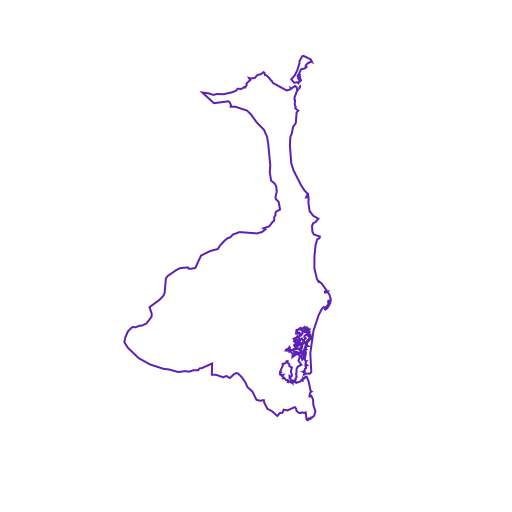 outline of Aklan, Aklan, Philippines, rotated 55°
{"feature_id": "2640588B21218366338371", "entity_name": "Aklan", "entity_type": "district", "adm_level": 2, "iso_a3": "PHL", "parent_name": "Philippines", "parent_adm1": "Aklan", "projection": "mercator", "projection_center": [122.331, 11.655], "detail": "fine", "context": "isolated", "style": "outline", "palette": "violet", "viewbox_px": 512, "rotation_deg": 55, "n_neighbors": 0, "source": "geoboundaries", "source_scale": "gbopen_adm2", "svg_char_len": 6157}
<svg xmlns="http://www.w3.org/2000/svg" viewBox="0 0 512 512"><g transform="rotate(55 256 256)"><path d="M420.5,302.7L420.1,299.8L417.4,296.5L410.8,294.4L406.3,291.6L402.2,290.9L401.9,292.7L401.3,292.6L398.8,289.6L398.9,288.3L398.0,288.7L389.3,285.0L383.9,283.7L382.7,285.6L383.7,284.8L384.0,286.8L382.8,287.3L383.6,288.0L383.5,289.4L383.9,288.4L384.9,289.3L383.7,289.9L384.2,291.5L383.0,295.8L382.4,295.5L381.1,296.7L380.9,298.4L379.9,298.8L380.7,299.1L379.8,299.3L380.3,299.5L377.4,300.9L377.9,301.9L377.4,302.3L375.9,301.3L374.9,302.5L372.8,302.7L371.8,303.9L371.6,302.9L369.5,303.5L369.0,301.8L368.1,303.6L366.7,304.3L365.8,302.8L364.5,303.6L365.4,302.2L364.2,302.0L361.1,296.8L359.7,296.0L360.4,294.6L360.5,292.4L359.7,291.5L360.2,290.4L361.5,291.3L363.6,290.8L365.4,291.8L368.0,290.5L370.3,293.5L374.6,295.2L375.1,296.8L373.5,297.4L375.5,298.7L379.0,297.9L380.4,295.1L380.0,294.3L379.2,294.1L378.6,292.3L375.7,290.8L374.8,291.4L375.5,290.7L375.1,290.0L371.9,287.7L370.5,285.1L371.2,281.3L366.2,281.3L363.2,277.4L361.3,277.5L359.6,279.3L359.7,284.2L358.7,283.4L358.9,281.7L358.1,281.1L356.5,282.4L354.3,282.4L353.8,283.2L353.4,282.3L351.3,284.8L351.4,284.2L350.8,284.5L350.8,285.3L350.0,285.2L350.2,283.5L351.1,283.3L349.7,280.8L350.5,280.8L351.5,282.6L354.1,280.0L353.8,278.9L354.7,276.2L350.9,276.0L350.9,274.5L352.1,273.0L348.0,273.8L347.4,271.9L345.8,273.4L346.7,271.7L346.5,270.7L345.6,271.5L346.0,269.5L345.3,267.9L346.9,267.0L346.6,265.1L344.0,265.4L342.5,267.7L339.8,265.2L340.5,263.6L340.4,260.6L345.0,260.1L345.2,257.6L344.6,257.3L342.0,258.7L342.0,257.1L343.1,257.6L343.5,255.3L344.9,255.7L345.5,254.7L346.7,255.6L347.0,254.6L348.1,256.3L348.5,255.5L349.4,255.9L350.0,258.2L350.9,258.1L351.7,256.7L352.2,257.3L353.5,256.9L355.1,258.7L356.3,263.9L358.5,265.6L359.5,265.1L358.8,266.2L360.8,269.1L361.5,268.7L361.4,269.8L364.0,270.6L368.3,275.1L370.2,275.6L370.9,275.0L370.9,275.8L373.0,277.1L374.2,276.9L373.3,277.8L374.5,278.6L375.3,278.2L376.7,279.6L376.4,280.5L377.9,282.1L377.6,283.8L378.5,283.0L378.5,283.7L379.7,283.4L380.6,284.6L381.1,282.1L383.3,279.5L382.8,277.3L366.8,267.3L350.2,251.8L340.3,238.5L337.0,232.2L336.7,229.7L337.7,229.5L338.0,227.2L336.8,224.2L334.4,222.9L334.4,222.3L338.4,224.8L339.7,231.0L339.6,227.4L337.4,222.6L334.5,219.6L329.7,218.0L326.8,218.1L326.5,217.5L325.7,220.4L324.6,220.0L325.3,217.9L316.2,218.0L313.0,218.9L313.1,219.5L309.9,219.3L299.5,215.2L289.5,208.1L281.3,201.0L277.5,196.4L277.8,193.8L276.7,192.5L271.5,196.3L268.5,195.9L263.4,192.8L261.9,190.1L262.4,187.8L261.2,183.5L255.8,186.1L250.5,186.2L251.1,186.9L242.2,182.4L240.5,181.0L241.2,180.3L240.6,180.8L238.1,179.5L237.7,180.0L237.8,179.3L236.4,178.5L237.3,180.5L236.7,181.4L234.9,177.9L230.4,178.7L224.2,178.5L207.5,176.2L200.4,174.0L185.0,164.9L178.3,159.7L176.2,156.4L171.7,151.8L169.8,147.0L161.7,140.4L161.2,138.0L157.5,139.1L156.6,137.9L154.1,137.4L150.8,134.6L149.7,134.7L148.2,133.4L143.8,127.1L141.1,126.0L139.1,126.4L139.2,130.9L138.5,131.2L139.0,131.3L139.1,132.7L137.9,136.0L124.2,142.8L122.0,142.7L122.0,143.6L121.8,142.9L117.0,143.2L114.2,143.8L112.9,144.8L110.8,144.0L109.7,144.4L109.9,147.6L108.6,150.9L109.4,154.9L107.7,158.4L106.1,159.6L108.6,159.9L109.2,164.8L110.8,165.7L111.7,168.3L111.0,168.5L110.7,172.4L108.5,175.0L109.1,177.8L108.0,182.2L104.8,189.9L100.9,195.1L99.6,198.5L95.6,201.5L91.3,206.2L106.7,202.8L113.4,189.9L115.1,189.4L118.4,190.1L119.2,191.1L121.9,187.3L131.6,180.0L137.0,178.9L146.9,178.8L157.2,177.1L164.8,178.6L171.6,181.9L190.2,192.5L195.3,196.7L202.9,200.4L207.2,199.2L210.4,199.4L215.2,202.1L219.0,206.4L220.8,207.1L224.5,206.4L231.7,209.6L231.2,214.2L232.3,215.8L233.6,216.4L234.7,218.9L237.5,220.8L237.6,223.0L239.3,228.1L237.6,234.0L239.6,233.1L239.8,237.3L238.1,242.2L227.0,255.7L225.2,262.6L226.0,266.8L225.2,268.1L225.4,272.8L226.8,279.6L228.4,283.3L225.6,290.8L224.1,300.7L231.0,312.6L229.4,316.1L227.8,318.5L226.3,318.3L222.5,324.9L221.8,329.3L221.7,339.6L222.5,342.5L234.0,352.2L235.4,354.6L236.6,360.5L236.8,372.6L243.7,374.6L245.9,376.5L248.4,384.5L247.6,389.5L246.4,391.2L245.2,395.8L243.5,397.7L243.4,399.5L244.3,404.1L247.6,409.6L251.2,413.3L257.6,413.6L272.3,410.7L284.1,405.0L295.2,396.6L299.4,392.0L306.3,386.4L309.9,379.8L312.5,377.0L313.6,372.9L316.4,369.0L315.8,366.6L316.8,364.6L318.9,353.6L327.9,360.3L330.4,356.9L336.6,352.4L337.2,349.2L341.0,347.4L340.2,341.7L340.7,339.1L341.9,338.1L347.6,337.1L353.4,337.2L358.6,338.2L365.0,336.7L374.1,338.1L376.9,335.7L378.5,332.3L381.0,333.4L387.8,334.3L392.1,332.0L399.3,330.3L398.3,326.4L399.6,324.3L397.8,321.4L400.5,318.9L402.0,310.9L404.0,310.7L406.0,311.6L408.6,311.1L410.4,309.3L410.5,307.8L412.3,306.6L412.6,305.0L418.9,308.3L420.3,307.8L420.2,307.1L419.3,307.3L419.3,305.8L420.7,304.7L419.8,303.7L420.5,302.7ZM121.4,108.7L123.0,109.8L127.5,115.6L130.3,120.7L131.5,125.8L136.1,125.3L137.2,122.7L138.8,122.2L137.7,120.8L138.3,120.0L138.0,118.9L136.4,119.3L137.3,118.3L135.2,117.7L133.8,119.0L132.4,118.7L132.1,117.7L132.6,117.8L133.2,117.1L132.0,117.1L132.3,116.0L131.1,115.9L128.9,111.9L130.4,108.3L130.1,106.3L129.3,106.8L128.3,105.7L127.7,102.3L128.2,101.9L128.1,99.6L129.3,98.9L126.3,98.4L119.5,102.2L118.9,103.5L121.4,108.7ZM353.8,258.4L349.4,259.9L349.2,262.0L350.1,262.9L352.0,262.5L352.2,265.1L354.6,265.5L354.9,268.3L358.7,272.6L361.6,273.5L363.2,274.7L363.5,276.2L367.5,277.6L367.3,275.9L360.7,270.7L358.1,266.9L355.4,265.0L353.8,258.4ZM358.2,273.9L356.4,274.9L354.7,275.0L355.3,276.3L354.4,279.1L355.0,279.8L356.6,279.8L357.5,278.0L360.9,275.7L360.9,274.6L358.2,273.9ZM355.0,269.8L351.0,271.5L351.0,272.2L352.5,271.6L353.8,272.2L353.6,273.4L351.7,274.9L352.0,275.8L354.7,274.7L355.8,274.8L357.6,273.4L355.0,269.8ZM343.1,260.6L341.2,262.3L340.1,264.8L342.8,266.3L343.7,264.5L346.7,264.0L346.0,262.1L343.1,260.6ZM349.3,267.7L347.3,267.8L346.3,269.3L348.5,272.8L350.8,272.3L351.0,271.4L349.0,270.0L349.3,267.7ZM354.0,266.3L349.9,265.8L350.6,269.8L354.2,268.7L354.0,266.3ZM347.7,256.3L345.8,257.2L346.7,259.3L348.0,258.0L349.1,258.0L347.7,256.3ZM142.4,122.8L142.5,123.4L143.3,124.1L143.0,123.2L142.4,122.8ZM358.7,280.2L358.4,281.0L358.8,281.4L358.9,281.0L358.7,280.2Z" fill="none" stroke="#5b21b6" stroke-width="2"/></g></svg>